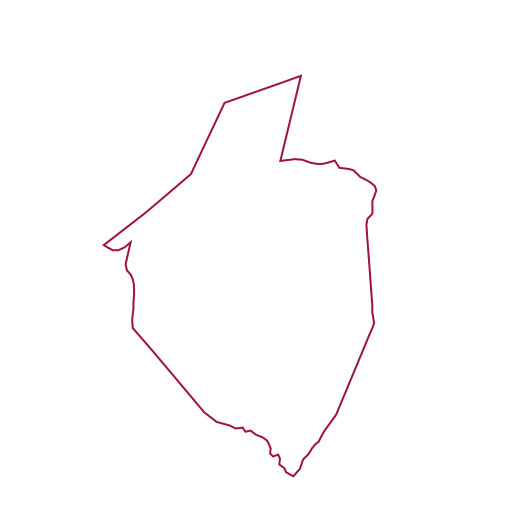 outline of Reriutaba, Ceará, Brazil, rotated 296°
{"feature_id": "56859067B92344183297275", "entity_name": "Reriutaba", "entity_type": "district", "adm_level": 2, "iso_a3": "BRA", "parent_name": "Brazil", "parent_adm1": "Ceará", "projection": "orthographic", "projection_center": [-40.625, -4.113], "detail": "fine", "context": "isolated", "style": "outline", "palette": "rose", "viewbox_px": 512, "rotation_deg": 296, "n_neighbors": 0, "source": "geoboundaries", "source_scale": "gbopen_adm2", "svg_char_len": 1223}
<svg xmlns="http://www.w3.org/2000/svg" viewBox="0 0 512 512"><g transform="rotate(296 256 256)"><path d="M199.1,114.4L198.6,119.8L198.4,124.9L200.8,129.8L206.2,134.1L213.4,137.3L191.4,142.4L186.5,146.3L184.4,151.4L180.9,155.6L177.3,158.4L172.7,161.0L166.8,163.8L160.5,166.2L155.0,168.9L149.1,170.9L144.0,172.9L137.2,176.8L125.4,204.6L123.4,209.1L92.8,278.0L89.6,293.5L90.7,299.1L92.1,306.5L92.1,313.4L95.9,319.3L93.4,323.5L96.7,327.6L95.4,334.3L95.9,341.4L95.0,346.8L92.4,350.2L89.4,353.6L84.7,355.2L83.3,359.2L87.2,363.0L84.4,366.3L78.8,368.4L77.7,374.5L74.8,377.9L74.4,386.1L84.0,388.8L93.7,387.5L100.8,390.0L107.8,390.7L112.7,391.8L116.5,393.7L122.1,393.8L128.3,394.1L148.5,397.6L236.1,392.4L243.8,392.1L248.0,391.3L252.3,388.1L256.7,385.0L262.4,382.3L308.9,355.2L321.5,347.8L332.6,341.5L338.3,339.9L345.0,342.1L351.3,339.1L356.3,336.5L361.8,336.1L367.6,335.4L370.9,332.1L372.1,327.8L372.7,321.9L372.7,315.3L374.3,310.5L375.8,305.8L374.7,300.6L371.8,292.3L376.3,284.9L371.1,279.4L367.8,275.2L365.4,270.2L363.7,263.9L362.9,255.6L360.0,248.3L355.7,241.7L352.1,236.2L437.6,217.4L401.8,182.2L379.9,160.6L321.3,161.3L301.1,161.6L276.5,150.9L247.0,138.0L199.1,114.4Z" fill="none" stroke="#9f1239" stroke-width="2"/></g></svg>